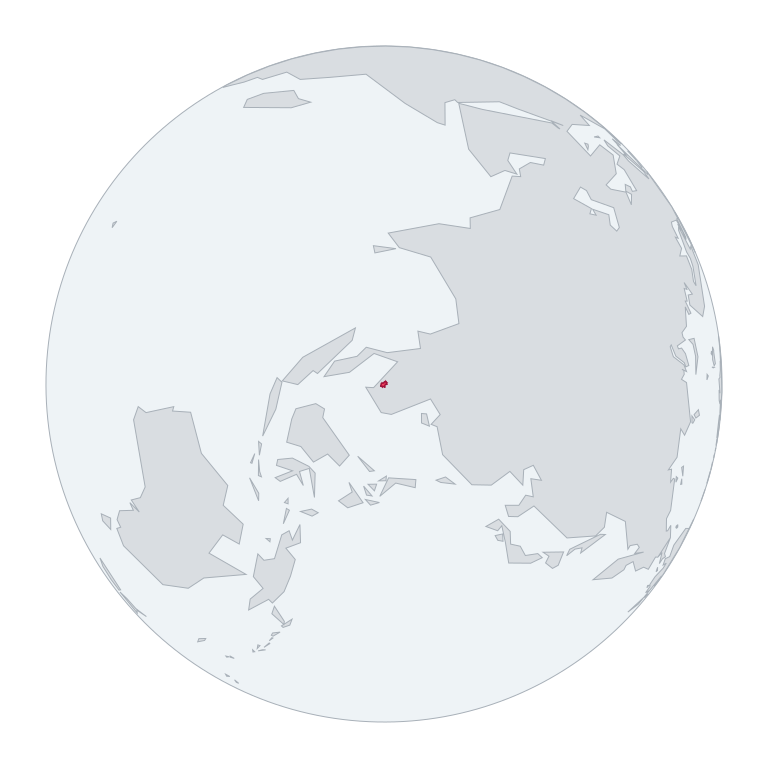 Kâmpóng Spœ highlighted on a globe, orthographic projection, rotated 97°
{"feature_id": "KHM-1787", "entity_name": "Kâmpóng Spœ", "entity_type": "Province", "adm_level": 1, "iso_a3": "KHM", "parent_name": "Cambodia", "parent_adm1": "", "projection": "orthographic", "projection_center": [104.227, 11.598], "detail": "fine", "context": "on_globe", "style": "filled", "palette": "rose", "viewbox_px": 768, "rotation_deg": 97, "n_neighbors": 0, "source": "natural_earth", "source_scale": "10m", "svg_char_len": 10224}
<svg xmlns="http://www.w3.org/2000/svg" viewBox="0 0 768 768"><g transform="rotate(97 384 384)"><circle cx="384" cy="384" r="338" fill="#eef3f6" stroke="#a8b0b8"/><path d="M698.8,491.7L698.2,493.9L698.0,494.3L698.8,491.7ZM539.2,83.8L539.8,84.2L552.1,91.3L540.7,85.2L571.4,104.7L580.7,114.2L563.4,99.5L556.4,95.2L559.3,98.9L552.7,95.4L550.4,95.6L542.3,91.5L532.8,84.5L527.4,82.0L529.7,84.9L523.1,83.5L520.5,79.4L508.6,76.7L490.6,66.9L490.1,63.2L480.2,60.1L510.3,70.6L539.2,83.8ZM562.4,97.9L560.0,96.0L564.5,99.2L562.4,97.9ZM551.5,96.4L554.2,98.3L551.8,97.7L551.5,96.4ZM537.2,91.1L532.5,90.1L535.7,89.8L537.2,91.1ZM528.7,88.8L517.4,87.5L522.5,91.1L501.6,81.0L518.1,84.9L521.2,83.6L523.5,86.3L528.7,88.8ZM491.8,76.2L487.7,75.2L490.2,75.0L491.8,76.2ZM461.6,55.1L454.8,53.6L453.2,53.3L449.5,52.5L461.6,55.1ZM438.3,50.5L441.6,51.0L434.4,49.9L431.9,49.5L438.3,50.5ZM429.7,49.2L429.2,49.1L427.0,48.8L426.7,48.8L429.7,49.2ZM430.9,49.6L442.9,51.4L443.4,51.5L430.9,49.6ZM408.4,47.0L409.1,47.0L407.7,46.9L408.4,47.0ZM423.4,48.5L427.6,49.0L428.0,49.1L423.4,48.5ZM409.3,47.1L407.0,46.9L410.1,47.1L409.3,47.1ZM415.6,47.7L415.1,47.8L412.7,47.3L417.4,47.8L415.6,47.7ZM423.1,48.6L424.6,48.8L421.2,48.4L423.1,48.6ZM398.7,46.9L394.9,46.3L401.9,46.6L404.6,47.0L398.7,46.9ZM116.4,177.7L116.3,178.7L114.2,182.3L103.8,196.1L93.2,222.1L102.4,211.7L103.4,228.9L110.9,233.2L132.5,206.8L120.3,199.0L128.8,184.5L147.0,179.1L159.3,187.8L163.0,182.6L164.1,167.2L176.0,160.3L165.6,161.4L163.1,167.5L156.5,168.9L158.3,163.5L162.5,161.0L161.3,156.8L142.0,171.7L137.4,179.5L128.9,177.7L120.4,190.9L114.9,195.4L127.1,174.8L132.9,168.4L148.2,146.0L141.4,152.3L126.5,174.3L127.1,171.7L117.8,182.0L125.4,172.1L143.5,148.0L141.8,148.3L173.4,119.7L172.8,120.2L183.9,112.6L184.3,113.5L201.4,102.4L203.9,101.8L193.1,108.2L185.7,113.9L188.3,118.5L192.6,117.0L203.5,109.8L202.8,112.7L213.1,105.2L220.9,106.0L220.0,99.4L232.8,92.5L244.5,89.3L248.5,86.2L229.6,91.7L222.1,95.2L216.0,99.8L195.6,110.3L192.0,110.8L212.7,96.5L209.8,96.2L227.3,86.7L267.8,75.3L278.2,75.9L268.4,90.0L258.6,92.9L257.2,88.9L246.7,98.5L253.2,94.8L252.6,97.7L264.8,93.2L265.0,95.1L276.3,88.0L277.8,89.9L270.7,94.4L289.9,90.8L296.7,94.5L301.0,92.9L303.6,90.2L310.4,97.5L313.2,96.0L312.1,93.0L317.1,88.5L328.5,83.7L330.2,86.5L326.3,88.5L320.8,97.7L310.2,103.7L312.1,104.5L321.7,100.1L328.4,88.7L334.8,85.2L333.0,90.1L334.1,88.0L337.8,87.2L343.1,89.3L345.7,83.9L384.2,75.1L398.2,79.4L392.3,84.0L421.0,84.2L434.6,91.3L433.5,88.2L446.5,87.6L442.4,85.3L442.9,83.9L474.5,84.1L483.2,87.2L495.6,85.9L495.1,84.6L489.3,82.1L501.6,81.0L522.5,91.1L522.7,93.4L535.7,99.1L534.2,104.0L539.0,111.5L529.9,115.1L534.5,121.6L539.1,123.2L548.8,134.1L552.8,152.7L529.3,130.2L519.2,105.8L521.6,114.5L515.0,110.7L512.2,113.1L514.4,120.0L518.3,121.8L491.0,127.7L484.2,147.4L499.3,147.8L509.0,155.5L514.5,183.6L486.8,220.3L499.4,235.0L500.3,244.2L489.6,248.9L488.0,235.4L477.1,229.8L477.8,222.1L460.1,226.7L460.4,216.0L446.5,225.9L452.0,234.9L467.5,233.9L455.4,248.4L471.3,265.2L473.3,284.5L447.0,317.2L419.9,326.1L418.3,332.3L407.5,324.5L393.2,336.0L413.3,373.0L412.7,383.3L389.4,401.7L388.9,393.9L360.3,373.2L354.9,397.6L376.6,419.7L384.0,444.4L367.3,435.8L359.8,414.1L349.7,406.1L352.5,384.6L344.3,352.1L327.4,356.8L328.8,344.1L314.9,317.0L290.8,323.1L252.3,353.1L246.8,385.4L233.7,398.2L218.2,349.0L219.1,317.3L208.6,318.8L196.7,290.3L162.0,282.1L161.5,273.6L154.0,275.9L146.3,265.7L147.3,252.2L140.6,251.3L139.3,287.1L147.0,288.4L159.5,277.7L157.3,290.0L165.2,303.2L140.6,328.6L96.3,344.0L99.5,319.4L104.5,249.2L108.5,242.7L108.9,241.9L109.4,240.4L102.2,250.7L105.6,237.6L94.8,284.2L89.8,303.8L95.6,345.2L93.2,348.4L97.3,357.8L119.6,354.9L118.1,362.9L103.0,397.1L78.7,439.6L86.3,475.4L91.9,504.3L86.3,518.5L96.5,541.7L95.1,547.0L101.4,559.7L105.7,571.0L109.3,580.1L106.9,577.4L94.0,557.4L82.5,536.6L72.5,515.0L64.1,492.8L57.2,470.1L52.0,446.9L48.4,423.4L46.4,399.7L46.2,376.0L47.6,352.3L50.6,328.7L55.3,305.4L61.7,282.5L69.6,260.1L79.1,238.3L90.1,217.3L102.5,197.0L116.4,177.7ZM164.6,213.0L176.9,218.4L184.6,199.5L190.0,200.4L190.6,194.0L185.1,198.2L188.6,181.5L198.7,178.8L203.9,171.6L200.0,169.5L181.0,177.5L175.8,200.7L167.3,206.6L164.6,213.0ZM215.2,91.3L216.0,90.9L211.9,93.2L210.5,94.1L203.5,98.3L184.3,111.6L177.9,116.3L178.5,115.8L215.2,91.3ZM379.2,46.1L373.1,46.3L376.2,46.3L371.5,47.1L358.6,48.1L363.0,48.1L359.6,49.3L349.0,50.7L352.2,49.4L338.2,52.2L336.4,51.3L334.9,51.7L329.3,51.9L320.0,53.2L320.7,52.7L316.7,53.5L313.0,54.1L307.8,55.2L307.3,55.0L300.9,56.5L304.3,55.6L295.2,57.9L322.9,51.7L350.9,47.7L379.2,46.1ZM397.7,46.4L398.4,46.4L394.1,46.3L395.1,46.5L389.9,46.4L397.0,47.1L382.0,47.3L373.6,47.3L385.2,46.1L383.6,46.1L383.9,46.1L397.7,46.4ZM118.3,178.1L117.9,179.6L118.6,180.4L112.8,187.4L118.3,178.1ZM130.2,161.6L130.8,161.4L122.9,170.7L123.4,169.6L130.2,161.6ZM137.8,154.0L131.4,160.7L135.1,156.4L137.8,154.0ZM194.3,108.1L195.7,108.0L193.2,109.8L189.3,112.0L194.3,108.1ZM307.0,62.5L310.2,60.9L312.2,60.6L323.4,57.6L325.7,58.5L319.8,60.8L307.0,62.5ZM126.6,210.2L120.5,214.1L121.1,210.8L123.1,210.1L126.6,210.2ZM113.3,199.9L113.2,205.6L111.8,201.8L113.3,199.9ZM311.3,63.0L315.7,61.5L314.1,63.0L311.3,63.0ZM327.9,59.2L327.2,60.6L327.3,58.3L327.9,59.2ZM255.0,669.0L262.0,672.9L257.3,672.5L255.0,669.0ZM121.1,509.7L126.6,557.0L118.2,554.4L110.2,538.9L103.6,509.3L111.2,503.7L113.2,491.1L121.1,509.7ZM468.8,503.8L478.8,505.4L478.4,506.9L468.8,503.8ZM458.4,498.2L469.9,499.0L456.3,501.5L458.4,498.2ZM474.3,499.3L486.1,496.7L491.1,494.3L490.2,497.5L474.3,499.3ZM450.5,498.1L407.7,495.9L390.7,490.9L394.7,485.5L422.2,488.3L450.5,498.1ZM393.3,485.3L367.4,467.9L331.8,419.2L344.5,420.9L381.7,451.3L379.3,456.0L395.1,469.5L393.3,485.3ZM456.2,458.9L453.6,473.5L430.0,471.3L419.3,468.4L411.8,449.3L416.0,440.0L424.8,440.7L458.9,409.8L470.8,418.1L460.4,431.4L470.1,444.5L456.2,458.9ZM248.2,388.6L255.0,409.0L248.0,411.4L248.2,388.6ZM472.6,387.7L458.9,401.3L471.3,383.0L472.6,387.7ZM479.8,370.3L480.8,377.5L475.1,370.4L479.8,370.3ZM418.1,342.0L408.7,343.2L408.5,338.1L420.3,333.8L418.1,342.0ZM474.7,301.2L474.8,315.7L473.1,320.6L468.8,311.6L474.7,301.2ZM336.7,75.6L318.5,78.1L307.0,82.1L302.8,86.9L300.9,81.8L318.7,75.7L336.7,75.6ZM378.1,74.5L381.7,71.2L385.3,72.7L385.0,73.6L378.1,74.5ZM376.6,72.5L371.2,68.8L376.6,67.1L379.8,70.3L376.6,72.5ZM340.6,64.0L335.0,64.5L336.5,63.1L340.6,64.0ZM620.4,620.3L620.9,621.8L611.3,631.0L599.4,640.7L591.3,644.7L620.4,620.3ZM547.3,648.8L550.4,639.0L561.7,637.5L554.1,646.5L547.3,648.8ZM628.4,612.9L637.1,603.0L643.8,591.5L638.6,601.7L641.4,601.0L622.6,620.7L628.4,612.9ZM515.3,608.5L450.0,628.2L436.4,625.2L441.4,616.7L432.1,589.9L436.6,590.6L435.6,572.5L475.1,556.8L503.8,526.7L524.0,528.8L540.3,506.7L560.5,508.2L553.4,525.7L573.2,537.1L589.8,497.7L598.5,539.2L610.6,553.4L610.1,579.0L576.3,622.8L559.9,631.6L558.3,627.9L551.1,632.4L542.0,631.0L539.9,617.4L532.7,621.8L540.9,611.3L529.9,620.7L526.5,612.0L515.3,608.5ZM658.3,529.9L660.4,530.8L662.6,537.5L659.3,536.7L658.3,529.9ZM693.1,501.4L693.2,504.6L691.3,505.9L693.1,501.4ZM698.0,494.3L695.8,496.3L698.8,491.7L698.0,494.3ZM673.6,504.3L674.3,506.8L673.3,507.8L673.6,504.3ZM672.8,503.5L674.6,499.2L673.9,503.4L672.8,503.5ZM663.8,482.0L665.5,479.7L666.0,481.4L663.8,482.0ZM493.5,506.0L507.7,495.0L515.2,494.2L493.5,506.0ZM662.0,477.6L658.3,477.4L658.8,475.2L662.0,477.6ZM662.6,472.3L662.3,469.1L664.2,476.4L662.6,472.3ZM655.6,465.7L660.0,471.0L655.0,466.4L655.6,465.7ZM652.8,466.6L649.4,464.3L649.7,463.3L652.8,466.6ZM611.8,472.3L624.8,490.8L613.8,490.6L601.6,479.1L591.1,490.2L568.0,488.5L573.6,481.7L570.7,471.4L546.2,467.1L541.2,460.3L550.1,455.9L533.7,450.3L551.7,447.5L558.9,461.4L569.0,450.7L586.1,453.4L602.3,457.9L615.0,468.1L611.8,472.3ZM551.4,478.0L554.5,478.0L551.7,482.2L551.4,478.0ZM642.9,456.9L647.8,463.4L647.1,465.2L644.7,464.2L642.9,456.9ZM617.9,465.7L631.7,454.0L634.9,454.1L625.7,467.3L617.9,465.7ZM628.6,446.6L634.8,448.1L637.9,454.5L636.6,456.3L628.6,446.6ZM514.6,464.6L513.8,468.4L509.1,465.3L514.6,464.6ZM520.8,462.5L535.0,466.9L519.4,465.7L520.8,462.5ZM476.9,447.9L481.1,457.2L494.6,451.7L484.3,459.8L493.3,475.1L490.2,480.6L481.3,464.2L477.9,480.8L471.9,480.3L468.7,465.9L474.9,448.5L480.8,441.5L505.1,439.2L476.9,447.9ZM520.7,451.3L517.0,440.6L519.8,433.6L523.9,439.3L520.7,451.3ZM505.5,414.9L495.1,402.4L485.9,406.8L504.4,390.3L511.3,404.9L505.5,414.9ZM496.4,387.8L487.8,391.8L496.6,382.2L496.4,387.8ZM485.5,387.6L484.3,379.1L491.2,380.5L485.5,387.6ZM500.9,388.4L502.2,374.1L505.9,382.6L500.9,388.4ZM480.9,360.3L496.0,374.5L476.6,368.0L475.0,340.7L483.1,340.4L480.9,360.3ZM520.9,255.2L518.4,248.0L525.6,246.7L525.3,252.0L520.9,255.2ZM546.5,238.4L526.7,244.1L510.3,249.8L515.8,253.3L513.0,265.5L504.2,253.7L514.9,240.8L527.5,238.8L528.4,229.0L537.0,222.8L533.6,210.7L537.1,205.8L544.0,216.6L546.5,238.4ZM531.6,205.6L528.8,185.3L542.7,189.0L546.5,194.3L541.9,201.8L534.8,199.3L531.6,205.6ZM532.2,181.8L525.4,179.5L506.8,150.8L506.4,146.0L527.8,168.2L522.5,167.5L524.6,174.3L532.2,181.8ZM489.5,76.7L487.8,75.3L491.5,76.8L489.5,76.7ZM440.3,82.6L441.6,80.9L445.9,82.3L440.3,82.6ZM447.5,77.3L441.7,76.9L447.1,76.2L447.5,77.3ZM429.0,76.7L439.1,76.2L430.5,78.4L429.0,76.7Z" fill="#d9dde1" stroke="#a8b0b8" stroke-width="1"/><path d="M382.4,384.2L382.2,384.1L381.8,383.8L381.7,383.7L381.5,383.4L381.4,382.9L381.4,382.7L381.5,382.6L381.5,382.4L381.4,382.4L381.5,382.3L381.5,382.2L381.9,382.2L382.0,382.0L382.2,381.9L382.3,381.8L382.3,381.7L382.4,381.8L382.5,381.8L382.8,381.9L383.1,381.8L383.1,381.7L383.2,381.4L383.3,381.3L383.3,381.2L383.5,381.1L383.8,381.0L383.9,381.4L383.9,381.5L384.0,381.5L384.2,381.8L384.3,382.0L384.5,382.4L384.5,382.5L384.8,382.8L385.1,382.9L385.4,383.0L385.6,383.1L385.9,383.0L386.3,382.8L386.6,382.7L386.8,382.7L387.0,382.7L387.1,382.9L387.1,383.0L386.9,383.1L386.8,383.3L386.7,383.5L386.6,383.9L386.5,384.2L386.5,384.9L386.5,385.0L387.2,385.1L387.0,385.4L386.8,385.6L386.7,386.2L386.6,386.4L386.6,386.6L386.6,386.9L386.4,386.9L386.3,387.0L386.2,387.0L385.9,387.0L385.8,386.9L385.7,386.9L385.4,386.9L385.2,386.8L385.1,386.7L384.6,386.8L384.2,386.8L383.7,386.7L383.3,386.0L383.3,385.9L383.2,385.9L383.3,385.7L383.4,385.4L383.3,385.2L383.2,385.1L383.0,384.8L383.0,384.7L383.0,384.4L382.8,384.3L382.7,384.2L382.4,384.2Z" fill="#f43f5e" stroke="#9f1239" stroke-width="1.5"/></g></svg>